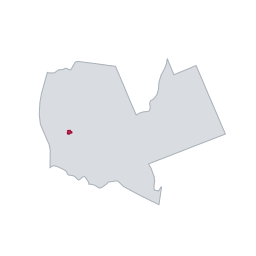 Santa María de Jesús, Sacatepéquez, Guatemala shown in context, rotated 67°
{"feature_id": "79465075B23332784997029", "entity_name": "Santa María de Jesús", "entity_type": "district", "adm_level": 2, "iso_a3": "GTM", "parent_name": "Guatemala", "parent_adm1": "Sacatepéquez", "projection": "orthographic", "projection_center": [-90.695, 14.477], "detail": "fine", "context": "in_parent", "style": "filled", "palette": "rose", "viewbox_px": 256, "rotation_deg": 67, "n_neighbors": 0, "source": "geoboundaries", "source_scale": "gbopen_adm2", "svg_char_len": 2147}
<svg xmlns="http://www.w3.org/2000/svg" viewBox="0 0 256 256"><g transform="rotate(67 128 128)"><path d="M45.3,180.5L46.4,179.4L47.4,176.9L48.5,174.3L47.8,171.3L47.4,168.8L48.7,165.3L48.6,162.6L49.2,161.0L51.1,159.9L52.1,157.9L46.8,150.9L46.8,149.3L47.6,147.3L51.9,139.9L57.1,131.0L62.9,121.3L66.3,115.4L78.7,115.4L87.0,115.4L97.4,115.5L108.8,115.5L116.2,115.4L119.3,115.4L118.8,111.5L119.2,107.3L120.5,103.5L120.5,101.8L118.3,99.7L114.0,98.5L111.6,96.7L111.6,94.3L110.5,91.5L108.5,88.2L104.2,84.8L97.6,81.4L92.1,76.7L87.5,70.9L83.6,67.2L80.6,65.6L79.9,64.8L88.7,64.9L96.9,64.9L97.0,56.6L97.1,49.2L97.1,40.9L112.1,40.9L129.9,40.9L148.5,40.8L163.0,40.8L171.6,40.7L171.3,51.1L170.9,63.1L170.6,71.9L170.3,83.7L169.9,95.8L169.4,112.2L169.1,122.8L169.3,123.1L174.2,122.5L181.4,122.9L183.2,122.9L185.4,123.8L187.1,124.0L190.9,126.4L195.2,128.2L197.9,124.5L196.5,122.3L195.4,121.2L195.5,120.2L210.7,129.5L208.9,131.0L205.1,134.4L198.2,140.3L192.0,145.5L186.1,150.2L180.7,154.5L180.1,154.9L173.2,158.0L172.1,159.3L170.7,165.3L170.0,166.8L171.3,170.1L172.5,175.2L172.2,177.9L167.4,181.2L165.3,184.2L164.3,186.1L163.5,185.6L162.0,185.5L158.6,186.2L156.9,186.4L155.6,187.2L155.4,189.1L156.4,192.1L156.7,193.6L155.8,194.3L151.6,196.1L149.9,197.9L148.4,200.7L146.5,201.8L144.6,201.6L143.2,202.0L140.3,204.1L136.0,208.1L133.6,211.1L133.6,213.3L134.0,215.3L118.1,208.3L112.8,207.1L90.4,207.2L80.8,204.4L69.9,199.0L62.5,194.2L45.3,180.5Z" fill="#d9dde1" stroke="#a8b0b8" stroke-width="1"/><path d="M110.3,181.6L110.2,181.6L109.8,181.7L109.6,181.7L109.4,181.6L109.3,181.9L109.2,182.1L108.9,182.2L108.5,182.2L108.3,182.2L108.1,182.2L107.9,182.2L107.7,182.3L107.7,182.5L107.7,182.8L107.6,183.1L107.3,183.4L107.3,183.5L107.2,183.7L107.1,183.9L107.1,184.0L107.0,184.3L107.3,184.3L107.7,184.6L107.9,184.8L108.2,185.0L108.3,185.2L108.4,185.3L108.6,185.5L108.8,185.5L109.0,185.4L109.6,185.7L109.9,185.7L110.0,185.6L110.2,185.4L110.2,185.1L110.0,184.9L109.9,184.8L110.0,184.7L110.4,184.3L110.5,184.2L110.4,184.0L110.4,183.9L110.2,183.7L110.0,183.3L110.1,182.7L110.3,182.3L110.4,182.1L110.3,181.7L110.3,181.6Z" fill="#f43f5e" stroke="#9f1239" stroke-width="1.5"/></g></svg>